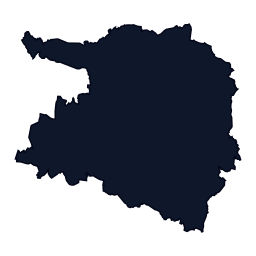 outline of Tlaltenango de Sánchez Román, Zacatecas, Mexico
{"feature_id": "50627088B31443203772787", "entity_name": "Tlaltenango de Sánchez Román", "entity_type": "district", "adm_level": 2, "iso_a3": "MEX", "parent_name": "Mexico", "parent_adm1": "Zacatecas", "projection": "robinson", "projection_center": [-103.236, 21.775], "detail": "fine", "context": "isolated", "style": "filled", "palette": "ink", "viewbox_px": 256, "rotation_deg": 0, "n_neighbors": 0, "source": "geoboundaries", "source_scale": "gbopen_adm2", "svg_char_len": 5689}
<svg xmlns="http://www.w3.org/2000/svg" viewBox="0 0 256 256"><path d="M21.8,40.1L23.8,43.7L26.0,46.1L25.9,47.1L27.8,49.7L28.0,52.0L28.6,52.0L29.0,53.0L30.3,53.2L31.8,56.5L32.7,56.8L33.0,58.6L34.6,57.0L35.1,55.4L37.3,53.0L37.2,52.3L39.9,52.4L39.2,54.5L39.6,56.0L41.9,58.2L44.3,58.3L45.5,56.5L47.5,57.5L48.3,58.6L50.3,59.9L55.1,60.7L56.0,61.8L58.0,62.3L59.8,62.0L77.1,68.7L79.6,68.7L81.9,67.5L84.4,67.6L86.6,68.4L87.1,69.1L87.1,70.3L88.2,72.0L88.3,74.5L89.8,76.1L89.3,78.7L90.1,79.3L90.1,81.7L90.8,85.0L87.8,85.1L87.7,87.5L89.1,88.0L89.7,90.5L89.6,92.0L88.6,94.4L87.2,93.4L84.1,94.1L83.2,93.6L79.4,94.6L78.4,95.5L77.8,98.5L78.8,98.8L78.7,99.7L78.2,100.4L78.7,103.0L78.4,104.4L74.5,102.6L73.7,98.7L73.2,98.0L72.8,98.7L72.8,100.7L70.7,103.5L69.4,103.9L68.8,103.0L67.3,105.1L65.7,105.5L64.9,103.6L66.3,101.3L66.1,100.5L62.3,99.5L60.3,96.5L57.8,96.4L57.4,100.2L56.3,102.1L56.0,103.8L55.2,111.5L55.3,118.8L53.8,119.3L50.4,118.2L46.1,114.8L44.8,115.0L40.3,113.8L40.1,117.1L39.4,118.9L38.9,122.0L31.4,125.5L31.0,126.6L28.9,137.4L31.5,143.6L32.7,148.1L31.4,147.3L29.5,148.7L27.7,148.2L25.2,152.1L23.4,151.7L24.4,150.1L20.3,152.8L19.4,152.5L19.1,151.2L18.2,150.5L15.4,158.9L16.7,158.9L16.7,161.6L21.0,161.9L26.6,163.6L28.8,163.7L30.6,162.8L33.5,165.0L36.4,165.8L37.7,166.6L39.3,171.1L38.9,172.5L38.4,172.9L38.6,173.9L38.1,173.5L38.1,174.2L37.0,174.7L37.0,175.5L38.3,175.7L38.6,176.3L37.6,177.3L37.7,177.9L40.1,178.2L41.4,176.1L43.9,175.2L46.8,172.2L48.1,169.6L48.5,170.8L48.5,173.9L50.2,176.7L51.6,178.0L57.3,174.1L58.2,173.0L59.4,172.7L60.3,173.0L60.9,171.9L63.5,172.1L63.7,173.8L65.4,176.0L66.5,180.5L69.5,184.4L71.7,185.0L73.7,185.0L78.6,182.5L78.3,181.8L79.5,179.2L80.8,179.3L80.8,179.8L86.5,180.6L86.5,178.2L87.4,175.6L86.1,174.6L85.9,173.7L87.0,172.9L88.0,174.3L89.2,174.4L89.1,175.8L91.1,176.0L93.1,175.6L97.7,178.4L100.7,179.8L102.2,179.9L104.1,181.2L103.5,182.1L102.9,185.2L103.9,185.7L103.1,186.7L103.4,191.0L105.7,191.9L106.1,192.5L106.5,192.2L108.6,194.2L110.7,194.7L111.0,193.9L114.4,195.0L117.6,194.2L124.7,202.9L126.7,204.0L127.3,204.8L127.2,205.4L128.4,206.9L130.4,207.5L131.8,206.8L133.1,207.3L134.3,206.2L136.7,205.8L137.5,206.7L139.1,207.0L139.8,206.5L140.4,204.2L142.3,204.3L143.7,203.4L145.2,203.6L146.5,204.8L148.4,205.1L155.3,209.8L156.4,209.8L159.0,211.2L160.2,212.4L160.4,213.8L161.8,215.3L162.7,217.2L164.1,218.6L164.2,219.4L165.8,219.6L166.3,219.3L166.9,218.1L169.7,217.5L171.0,218.3L171.5,220.2L173.5,219.8L174.1,220.9L174.9,221.0L176.9,220.1L178.1,220.1L178.2,219.6L179.5,218.6L180.7,220.3L180.0,223.3L181.5,224.0L182.9,223.0L183.7,224.2L184.7,227.8L184.2,230.1L185.2,230.7L187.2,231.4L190.3,229.7L192.4,229.4L194.1,229.9L194.3,228.5L196.6,228.1L201.0,230.2L201.8,231.9L202.8,231.5L202.7,229.2L203.4,226.8L203.4,223.0L206.0,216.7L206.5,213.8L208.0,212.5L207.2,210.9L207.6,209.3L207.3,206.8L207.7,206.1L206.8,204.6L206.4,201.6L208.9,198.7L209.3,197.5L210.9,196.8L211.9,195.3L214.6,195.4L214.9,194.3L216.4,193.8L216.1,193.3L216.5,192.8L218.4,192.3L219.9,191.1L224.4,185.2L224.6,180.7L225.3,180.5L223.2,178.2L222.3,178.0L221.0,178.8L220.4,177.7L219.0,177.0L218.4,175.7L218.5,174.1L220.1,172.1L218.7,167.9L219.0,166.4L220.0,167.8L220.5,167.5L221.0,169.3L222.8,169.4L225.3,171.3L227.5,171.6L228.8,170.8L229.6,170.9L231.0,168.5L231.5,168.3L234.9,169.3L235.1,166.9L233.3,164.1L233.8,162.9L234.2,157.7L235.1,156.8L235.5,158.6L236.5,158.4L237.6,159.3L239.0,159.1L239.8,160.1L240.6,159.7L239.5,156.1L237.1,152.9L237.7,152.0L237.2,151.5L239.1,149.0L238.2,147.8L237.4,147.5L237.2,146.7L238.0,145.7L237.8,145.1L236.0,143.4L235.9,142.9L236.6,142.1L236.0,141.3L236.0,140.3L235.5,139.9L234.3,140.1L233.3,138.6L232.5,138.5L232.0,136.6L229.7,138.0L230.0,136.5L227.6,133.8L229.1,132.4L228.8,131.6L229.5,129.9L231.6,127.5L232.0,126.1L231.6,117.2L230.6,114.8L231.4,110.4L230.7,107.3L230.9,103.9L231.6,101.4L231.3,100.2L230.5,99.2L231.2,97.7L230.7,96.8L231.9,95.4L233.3,95.2L235.6,91.2L237.8,89.1L236.8,88.8L235.9,87.2L234.8,86.6L235.3,85.4L234.5,84.4L234.5,83.0L234.2,83.0L234.1,82.0L234.6,81.4L234.0,80.0L233.6,79.8L232.9,80.2L232.0,78.9L229.3,78.0L228.2,75.9L228.7,75.2L229.9,74.9L230.4,72.7L231.4,71.5L233.5,70.4L232.3,68.9L230.5,68.4L230.3,64.6L229.3,63.0L225.4,62.4L220.6,58.8L217.5,58.3L214.8,56.8L214.3,55.9L214.4,54.7L212.6,53.2L212.5,52.2L211.7,51.5L210.8,47.9L211.0,46.4L207.2,44.8L204.5,42.9L203.6,43.7L202.4,43.7L199.2,43.1L195.0,41.3L193.8,40.2L192.8,40.9L189.8,40.1L191.2,29.4L190.8,26.9L189.1,24.1L188.2,24.7L185.2,24.8L184.1,25.6L183.7,26.8L182.4,27.8L180.8,27.8L180.0,27.0L178.3,27.9L177.2,26.1L176.4,25.8L173.7,28.0L166.3,29.4L164.4,30.7L161.1,33.9L157.4,35.5L155.5,33.2L152.0,30.7L150.1,31.9L147.2,30.2L145.9,30.1L143.9,30.3L141.8,31.4L141.4,30.8L141.9,29.5L141.0,28.6L141.2,26.9L140.8,26.7L137.5,26.3L133.3,24.8L133.1,25.1L127.3,25.0L125.3,25.4L124.5,25.0L123.8,25.8L121.1,26.4L120.5,27.6L119.4,28.1L118.9,27.9L119.1,28.4L118.7,28.8L118.0,28.5L117.0,29.1L116.9,28.8L116.4,29.0L115.4,28.3L115.5,27.2L113.9,28.2L112.6,30.0L111.5,30.2L110.8,31.0L110.5,29.2L110.0,29.2L109.8,29.9L109.0,29.9L108.4,30.8L109.2,33.4L110.0,33.6L109.9,34.4L109.1,34.3L107.3,35.2L105.5,37.2L105.3,38.0L104.6,38.3L103.1,37.5L102.7,38.5L101.7,38.5L101.3,39.2L100.0,39.2L97.5,42.7L96.3,43.2L95.0,42.7L93.2,43.5L90.4,42.6L89.4,43.6L88.3,43.2L87.8,42.5L88.0,41.9L87.4,41.3L85.5,41.3L84.7,41.6L84.1,42.6L85.0,44.6L83.9,45.5L79.6,43.3L67.8,43.1L57.9,39.0L50.7,39.7L50.1,40.5L49.3,40.6L48.0,40.1L47.1,41.9L44.0,42.9L43.0,43.9L41.8,40.2L41.2,40.1L40.5,38.3L39.3,38.1L39.0,39.0L38.5,39.0L37.6,38.6L37.2,39.7L36.2,39.8L35.8,38.9L33.5,38.1L32.1,36.2L30.5,36.0L28.4,31.8L27.0,31.7L25.0,33.4L25.7,34.7L24.8,35.1L25.0,36.9L23.5,37.8L23.5,39.2L21.8,40.1Z" fill="#0f172a" stroke="#020617" stroke-width="1.5"/></svg>